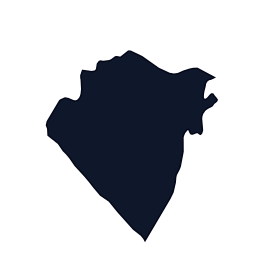 SVG path tracing the border of Coronie, rotated 211°
{"feature_id": "SUR-71", "entity_name": "Coronie", "entity_type": "District", "adm_level": 1, "iso_a3": "SUR", "parent_name": "Suriname", "parent_adm1": "", "projection": "equal_earth", "projection_center": [-56.304, 5.634], "detail": "fine", "context": "isolated", "style": "filled", "palette": "ink", "viewbox_px": 256, "rotation_deg": 211, "n_neighbors": 0, "source": "natural_earth", "source_scale": "10m", "svg_char_len": 1489}
<svg xmlns="http://www.w3.org/2000/svg" viewBox="0 0 256 256"><g transform="rotate(211 128 128)"><path d="M55.4,40.2L57.5,41.5L61.5,42.9L71.2,44.1L93.5,51.0L106.5,55.7L117.0,56.3L126.7,59.6L133.7,62.3L140.1,64.5L154.0,68.6L162.4,72.4L167.5,74.2L171.7,75.2L179.7,78.9L192.7,80.6L196.4,86.1L199.3,88.4L200.5,92.1L200.6,116.0L200.2,117.3L197.4,121.3L194.3,122.4L188.6,123.2L186.9,124.0L185.7,125.2L185.2,126.6L184.8,128.6L184.9,130.3L185.3,132.2L186.1,134.3L187.7,137.6L193.1,145.6L193.9,146.4L195.4,148.7L196.6,153.9L188.2,157.5L185.5,159.8L185.2,161.0L185.2,162.4L187.2,167.2L186.9,170.1L186.2,171.1L183.5,172.2L178.5,176.1L177.2,178.1L175.5,182.3L174.6,183.2L170.8,184.6L167.2,194.1L165.3,195.1L152.7,196.3L132.4,194.8L120.5,196.1L116.4,197.7L113.2,200.2L109.6,205.3L105.3,210.2L102.7,212.6L99.3,214.8L80.0,215.8L82.2,212.5L83.7,211.2L84.6,208.7L84.6,206.1L83.5,203.4L82.1,198.7L80.9,195.7L79.3,192.8L77.9,191.8L76.7,192.0L75.8,192.9L75.1,194.7L74.4,198.8L73.9,200.2L72.7,200.8L70.8,199.9L67.6,198.8L66.1,198.1L65.9,196.9L66.3,195.2L67.1,193.5L67.3,190.4L68.2,188.7L69.2,187.3L70.3,185.3L71.3,182.7L71.5,178.8L70.9,176.1L69.9,173.9L63.1,164.5L62.3,161.7L62.6,160.0L63.7,159.8L65.1,160.1L66.4,159.9L67.6,158.7L68.7,157.2L69.9,155.8L71.2,155.5L72.5,156.1L75.0,158.0L76.0,157.8L76.6,156.5L77.1,153.1L76.7,150.3L76.2,148.4L68.7,136.1L63.5,122.0L63.0,119.1L62.6,112.8L61.8,110.3L59.5,105.6L56.4,96.1L55.8,89.1L55.4,42.9L55.4,40.2Z" fill="#0f172a" stroke="#020617" stroke-width="1.5"/></g></svg>